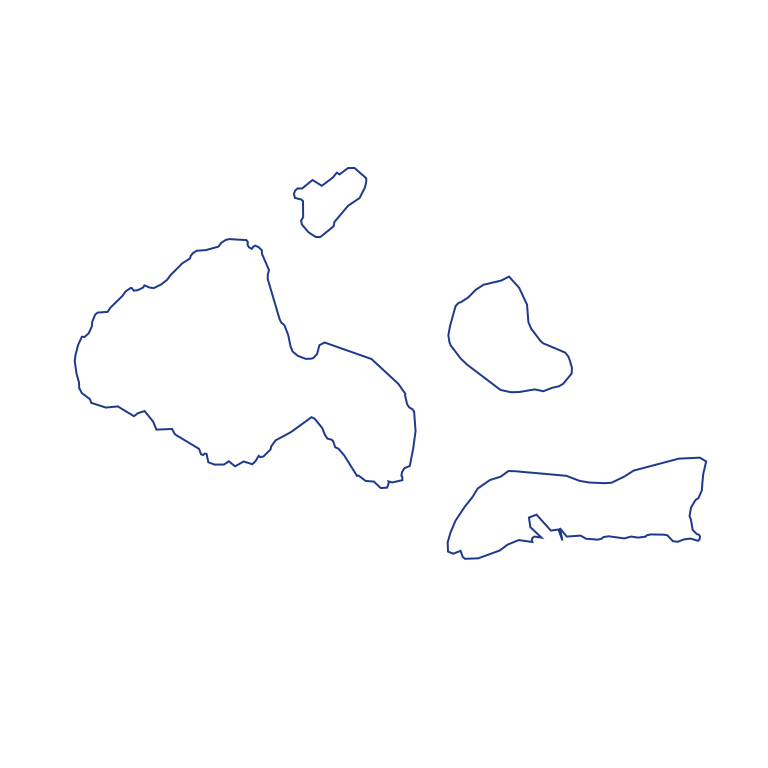 outline of Maui, Hawaii, United States of America, rotated 168°
{"feature_id": "52423323B70973006487009", "entity_name": "Maui", "entity_type": "district", "adm_level": 2, "iso_a3": "USA", "parent_name": "United States of America", "parent_adm1": "Hawaii", "projection": "equal_earth", "projection_center": [-156.639, 20.866], "detail": "fine", "context": "isolated", "style": "outline", "palette": "blue", "viewbox_px": 768, "rotation_deg": 168, "n_neighbors": 0, "source": "geoboundaries", "source_scale": "gbopen_adm2", "svg_char_len": 3536}
<svg xmlns="http://www.w3.org/2000/svg" viewBox="0 0 768 768"><g transform="rotate(168 384 384)"><path d="M360.3,350.8L361.4,353.4L364.2,355.8L365.6,359.5L365.7,368.9L365.2,370.1L369.9,381.1L391.0,411.0L433.4,436.9L439.1,435.4L443.2,427.3L447.7,424.1L449.7,423.9L455.2,424.8L462.4,429.4L466.7,434.9L467.3,438.7L467.6,440.4L467.5,451.7L469.2,462.2L471.7,465.4L472.6,468.9L473.6,481.5L475.9,511.0L474.9,515.1L472.8,519.4L476.3,536.6L475.7,540.1L478.3,544.1L481.2,546.1L483.1,545.6L485.2,543.7L487.6,545.7L487.9,546.6L488.5,548.5L487.7,551.2L488.7,553.4L505.7,558.0L508.9,557.8L513.9,555.9L517.4,552.8L530.4,552.0L539.6,553.3L543.7,551.7L546.2,549.8L547.8,547.1L556.2,544.0L564.9,538.3L569.6,535.3L574.5,531.0L581.3,527.7L589.1,525.7L592.9,526.9L597.9,530.3L599.6,528.4L605.4,527.0L609.3,527.3L610.9,530.4L611.8,530.6L617.5,528.3L621.6,524.5L635.8,515.5L639.4,512.0L649.2,513.4L652.0,512.0L656.4,505.6L657.9,500.9L662.3,495.0L667.1,492.3L669.7,493.0L675.3,485.5L679.9,476.1L681.8,470.6L682.6,457.6L682.0,448.9L683.0,443.5L681.5,438.0L674.7,430.2L674.4,426.5L661.0,418.8L649.0,417.4L635.3,404.5L630.8,406.6L623.8,407.3L617.6,395.1L616.1,386.7L600.7,384.1L599.1,378.7L597.9,377.2L578.4,359.0L577.6,353.3L575.8,352.2L573.7,353.2L572.1,352.5L572.1,344.0L566.5,340.4L557.2,338.5L551.8,340.7L546.8,334.4L537.4,337.4L529.5,332.9L525.8,335.2L521.5,339.8L520.0,338.1L516.9,338.2L508.7,343.5L507.1,346.6L501.8,351.4L498.1,352.5L485.3,356.2L472.8,361.7L461.8,366.6L459.3,364.6L459.0,364.4L453.5,353.6L452.3,346.3L450.7,342.4L446.9,340.4L445.7,338.9L444.9,332.3L442.0,330.2L437.7,322.3L429.5,299.7L428.0,299.8L422.1,293.0L414.1,290.6L412.1,287.6L408.8,282.9L402.5,282.0L399.9,286.3L399.9,287.8L396.5,286.0L386.0,286.1L385.4,289.3L386.1,290.7L384.6,294.1L381.7,297.3L375.8,298.5L368.9,314.7L362.9,331.4L360.3,350.8ZM218.5,190.6L207.1,187.3L203.6,187.4L201.2,188.6L196.1,188.4L181.0,183.0L174.0,183.4L167.3,180.9L159.9,180.3L158.4,181.4L154.3,181.4L141.5,178.4L138.4,177.2L134.1,170.2L129.6,168.6L123.1,169.6L116.3,169.1L109.3,165.3L107.7,166.3L106.6,169.2L107.3,171.1L109.4,172.3L112.4,177.1L112.0,187.3L112.6,191.3L109.4,199.3L103.5,205.7L100.2,207.0L95.1,214.0L93.3,220.6L90.4,229.7L85.0,241.3L90.4,246.3L111.2,249.7L157.9,247.4L167.9,243.6L182.0,240.1L188.7,241.1L203.2,244.8L210.6,247.7L213.3,248.9L224.8,256.3L245.8,262.8L266.1,269.0L273.7,271.4L280.4,273.0L289.2,269.1L300.2,268.1L314.2,262.2L321.0,255.0L330.7,247.0L342.5,235.4L349.9,224.8L354.7,215.7L356.2,206.8L351.5,203.6L343.8,204.9L343.0,198.7L341.2,196.2L328.1,193.9L305.3,197.1L296.5,201.2L284.6,203.3L271.7,198.6L271.9,200.2L271.0,202.4L268.6,203.5L261.9,201.0L270.6,213.5L270.0,223.2L262.0,224.5L251.2,205.9L243.6,205.4L242.0,193.8L242.0,206.4L237.0,196.8L223.2,194.8L218.5,190.6ZM196.8,360.6L197.4,369.0L198.0,372.6L200.3,377.1L220.0,390.8L222.1,393.8L228.6,407.7L229.9,414.4L227.6,431.9L231.8,450.0L239.4,463.1L247.9,460.8L265.9,460.4L274.4,457.2L283.6,451.2L291.9,448.0L294.2,447.9L297.8,445.3L307.3,427.1L310.9,418.3L311.3,411.5L310.8,408.1L303.8,393.1L298.4,385.3L271.3,354.0L261.7,349.6L253.1,348.0L237.8,347.4L229.6,343.8L220.5,345.3L213.4,345.4L208.8,346.9L198.3,355.2L196.8,360.6ZM359.2,585.9L358.6,589.0L367.9,601.4L374.3,602.7L383.9,598.3L386.2,600.5L391.3,596.5L403.6,590.8L411.6,598.4L423.4,592.3L427.9,593.2L430.6,591.7L432.6,588.8L432.4,584.5L426.6,581.7L425.2,579.7L428.4,564.0L431.2,560.9L431.1,557.0L426.3,548.1L420.2,542.0L415.8,541.0L400.5,548.7L398.8,552.8L382.1,565.8L369.2,571.0L361.7,580.3L359.2,585.9Z" fill="none" stroke="#1e3a8a" stroke-width="2"/></g></svg>